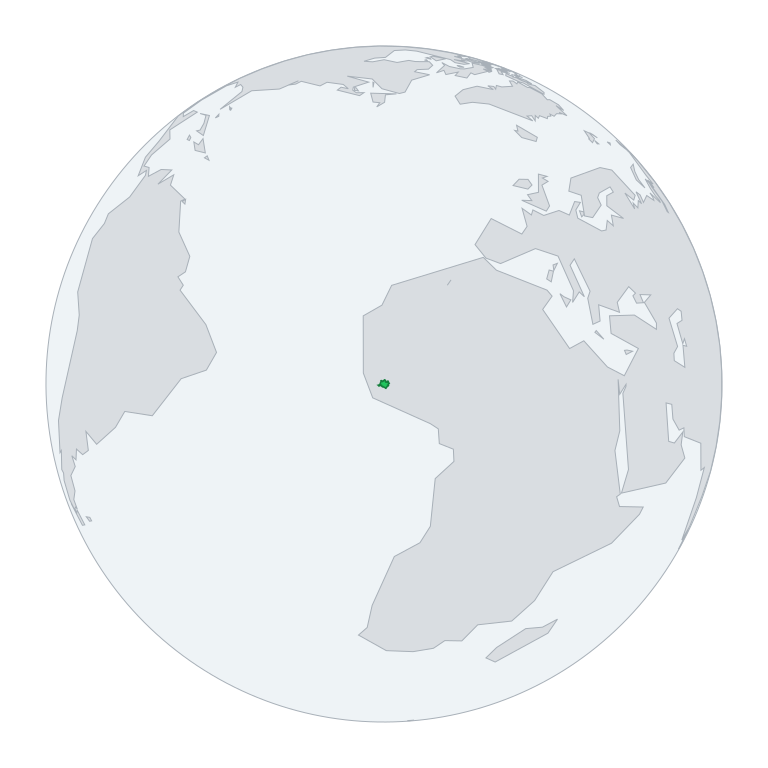 Dix-Huit Montagnes highlighted on a globe, orthographic projection, rotated 35°
{"feature_id": "CIV-3441", "entity_name": "Dix-Huit Montagnes", "entity_type": "Department", "adm_level": 1, "iso_a3": "CIV", "parent_name": "Ivory Coast", "parent_adm1": "", "projection": "orthographic", "projection_center": [-7.745, 7.377], "detail": "fine", "context": "on_globe", "style": "filled", "palette": "green", "viewbox_px": 768, "rotation_deg": 35, "n_neighbors": 0, "source": "natural_earth", "source_scale": "10m", "svg_char_len": 10396}
<svg xmlns="http://www.w3.org/2000/svg" viewBox="0 0 768 768"><g transform="rotate(35 384 384)"><circle cx="384" cy="384" r="338" fill="#eef3f6" stroke="#a8b0b8"/><path d="M271.0,65.5L256.5,71.4L263.0,69.0L255.8,73.0L260.6,72.0L253.6,75.3L263.5,71.9L269.0,69.2L275.1,67.1L278.5,66.6L270.2,70.3L267.3,71.1L266.6,72.0L261.0,74.2L265.6,72.9L255.2,78.1L270.4,72.5L266.1,76.3L257.9,80.0L252.5,80.1L220.0,92.5L209.9,98.1L201.2,104.9L197.9,115.6L189.4,122.4L182.5,131.1L189.9,126.6L198.1,118.3L210.3,113.1L218.7,104.7L224.9,101.8L236.2,94.0L241.1,95.0L239.8,100.6L230.8,107.5L230.0,110.6L244.0,104.5L232.4,119.2L233.8,132.8L230.0,137.2L213.0,143.3L199.4,140.9L177.3,152.9L198.3,145.5L188.6,158.4L189.8,161.2L194.2,161.3L200.5,156.8L198.6,161.8L177.2,170.0L178.6,165.5L185.4,162.6L178.8,162.0L164.3,169.5L160.6,176.5L142.6,183.5L139.7,188.9L134.1,194.1L140.0,184.7L129.1,202.4L107.4,219.7L92.2,253.0L99.9,225.9L98.2,221.8L94.8,220.9L92.0,226.2L91.2,220.5L83.9,230.1L71.7,256.0L64.3,277.2L66.2,280.1L71.2,269.2L75.1,268.4L62.8,298.7L68.2,306.1L62.2,329.7L62.4,343.1L67.4,341.4L71.9,349.0L78.4,336.1L87.4,330.4L84.2,350.0L91.8,333.2L95.0,343.6L114.9,346.7L112.5,350.8L128.8,377.2L151.7,390.8L157.0,406.0L153.7,414.4L162.9,418.2L163.1,424.1L204.0,437.5L228.7,454.2L230.5,474.5L214.8,496.0L212.4,542.9L187.4,555.2L188.9,573.5L183.2,598.2L167.0,593.8L179.9,608.0L177.7,614.7L169.4,613.7L175.2,622.8L169.4,621.8L178.4,628.7L180.0,638.6L192.2,648.8L196.2,656.6L204.5,662.4L202.0,661.7L202.2,663.1L205.9,666.1L193.3,659.3L177.3,646.5L172.6,640.7L169.1,638.9L157.8,623.5L158.0,626.1L138.3,600.6L128.3,579.9L102.1,516.2L94.8,502.3L80.3,484.3L61.8,432.1L62.9,412.9L60.6,402.7L68.4,376.7L68.9,349.9L66.9,345.3L63.2,354.4L58.5,335.1L60.4,314.4L61.7,282.4L69.7,259.8L79.4,237.8L90.5,216.5L103.2,196.1L117.2,176.6L132.6,158.1L149.3,140.9L167.2,124.8L186.2,110.0L206.1,96.7L227.0,84.8L248.7,74.4L271.0,65.5ZM87.0,264.2L93.5,284.1L85.3,284.1L87.7,281.5L87.0,273.8L84.1,266.0L78.2,267.9L87.0,264.2ZM99.9,247.3L98.4,245.4L100.5,245.9L99.9,247.3ZM232.7,94.1L234.3,94.1L231.4,95.5L232.7,94.1ZM236.0,91.1L231.3,92.8L232.2,91.6L235.0,90.6L236.0,91.1ZM241.4,89.3L234.3,89.4L236.0,87.5L248.1,82.1L241.4,89.3ZM269.2,68.7L263.6,71.5L265.2,69.8L269.2,68.7ZM268.7,68.2L264.9,67.9L274.9,64.2L274.2,64.7L284.6,61.0L291.4,59.3L287.2,60.9L279.4,63.4L287.9,61.0L268.7,68.2ZM277.7,66.1L276.0,66.1L284.6,62.8L289.5,62.3L285.1,63.5L277.7,66.1ZM298.7,57.0L298.8,57.0L302.6,56.0L292.5,59.0L286.7,60.4L298.7,57.0ZM284.9,64.0L291.8,62.3L290.8,63.6L279.9,66.0L284.9,64.0ZM284.7,62.2L289.0,60.8L288.2,61.4L284.7,62.2ZM291.2,68.5L289.0,67.8L293.2,65.9L291.2,68.5ZM294.4,61.6L294.7,61.2L296.1,60.6L300.3,59.9L294.4,61.6ZM298.5,57.5L300.1,57.4L303.0,56.2L308.7,55.1L300.9,57.5L306.7,56.0L308.4,55.7L300.1,58.1L298.5,57.5ZM308.9,57.4L301.0,61.0L304.1,62.3L300.4,63.9L296.0,61.6L308.9,57.4ZM304.5,57.5L306.4,57.7L300.8,59.2L296.0,60.0L304.5,57.5ZM315.4,53.7L308.7,54.7L310.6,54.2L315.4,53.7ZM310.9,57.4L312.8,56.6L311.8,57.3L310.9,57.4ZM315.3,54.3L312.6,54.6L314.9,54.0L315.3,54.3ZM318.8,55.0L316.2,56.0L312.9,56.5L318.8,55.0ZM318.1,54.4L321.8,53.6L313.2,56.0L316.5,54.6L318.1,54.4ZM317.9,53.7L318.3,53.5L318.7,53.7L317.9,53.7ZM332.9,53.4L322.8,56.3L315.5,57.0L326.2,53.9L332.9,53.4ZM218.0,672.7L196.2,661.3L206.8,666.8L204.8,663.2L219.7,671.0L218.0,672.7ZM216.3,663.5L219.5,662.0L223.0,663.8L221.6,665.3L216.3,663.5ZM465.4,56.0L466.0,56.2L465.9,56.2L490.3,63.2L514.1,72.1L537.1,82.8L559.3,95.1L580.5,109.1L600.6,124.6L619.4,141.6L637.0,159.9L653.1,179.6L667.6,200.3L680.6,222.1L691.9,244.8L701.5,268.3L708.8,293.6L716.1,325.5L717.5,341.1L705.1,298.0L694.3,268.7L693.1,272.9L677.5,250.8L660.2,254.9L654.8,247.9L652.2,252.5L640.8,247.0L631.4,235.6L625.9,237.7L650.1,267.7L655.7,265.8L656.3,252.0L662.3,263.4L672.9,272.1L671.6,303.5L641.1,337.2L633.3,313.8L585.0,254.6L583.7,247.5L583.3,246.7L582.4,245.4L583.0,257.2L573.1,245.9L604.0,287.1L611.3,306.0L640.7,338.7L639.2,342.9L647.2,349.3L666.9,336.1L668.0,344.2L661.7,383.9L630.1,440.8L631.6,475.0L624.6,504.9L598.9,527.5L595.1,549.8L581.0,559.3L576.1,572.1L561.3,586.6L538.8,601.1L507.1,604.3L509.9,593.1L501.3,572.2L491.4,519.4L504.5,493.4L503.6,474.0L480.2,432.1L485.7,407.3L478.2,397.6L463.5,401.1L454.2,389.6L444.8,389.9L382.7,401.8L360.8,386.9L327.9,340.1L337.1,320.6L333.7,298.8L392.7,223.3L410.8,226.3L463.7,213.6L471.3,215.6L471.2,231.9L515.7,248.5L522.9,234.0L557.2,241.9L576.1,239.4L572.0,209.0L541.0,212.3L529.6,198.8L549.6,183.9L575.8,183.0L572.2,177.8L550.5,167.8L551.4,158.0L542.4,163.9L549.9,168.6L544.5,172.9L537.3,169.0L537.9,165.3L528.6,163.9L528.2,183.3L535.8,190.2L514.4,196.0L524.9,208.5L520.9,215.3L501.7,196.9L499.6,189.8L468.1,172.3L468.3,180.0L498.1,197.6L491.1,196.6L491.7,209.0L485.7,198.9L453.2,179.4L430.4,186.2L410.4,218.5L395.3,222.4L378.6,217.6L376.9,187.0L410.9,182.1L410.8,172.8L396.3,160.9L407.8,161.0L406.1,156.0L418.2,154.3L427.8,141.5L438.9,139.3L435.5,125.2L440.7,122.6L441.3,131.4L447.6,137.0L474.5,133.8L477.6,130.5L473.1,122.0L481.1,122.9L473.4,115.2L485.3,111.0L464.3,110.2L458.5,102.0L461.8,95.3L456.1,92.9L450.8,104.0L452.1,108.8L459.3,112.9L459.5,128.0L451.9,131.3L437.3,116.3L424.8,120.0L419.0,108.1L436.8,82.8L447.9,78.1L481.5,85.4L483.1,90.1L471.8,89.4L488.9,96.8L484.3,92.8L490.9,94.1L487.1,87.9L491.6,88.6L480.2,82.0L485.3,82.2L492.4,86.4L491.1,78.9L499.7,78.8L497.2,76.9L492.2,74.9L506.5,76.9L504.0,75.5L498.4,74.2L489.8,70.9L480.3,66.2L485.8,67.1L490.0,68.9L507.0,74.8L517.2,80.4L518.5,80.4L510.9,75.9L490.1,68.5L482.9,65.5L492.6,68.3L488.5,67.0L486.6,65.9L489.8,65.9L479.1,62.8L450.7,53.1L453.9,53.4L465.4,56.0ZM379.2,260.3L379.2,266.8L379.2,260.3ZM608.4,198.4L620.9,197.8L606.7,180.8L610.3,179.5L604.2,174.6L605.6,179.6L589.3,166.4L591.6,160.9L585.7,154.0L581.2,154.0L579.7,166.6L603.0,184.9L603.8,192.5L608.4,198.4ZM115.6,346.5L117.7,350.8L114.1,350.3L115.6,346.5ZM81.9,291.7L84.4,292.9L84.9,296.2L82.5,296.6L81.9,291.7ZM108.3,298.5L112.3,301.1L107.2,301.7L108.3,298.5ZM95.0,286.8L105.1,297.2L95.3,301.0L89.4,294.8L94.8,294.4L95.0,286.8ZM94.0,257.7L95.1,259.5L93.2,262.8L94.0,257.7ZM101.4,247.7L100.6,247.8L101.1,244.8L101.4,247.7ZM189.9,157.9L191.5,157.4L195.0,158.6L191.3,160.3L189.9,157.9ZM222.9,152.9L219.1,161.2L219.2,156.0L213.3,159.3L206.3,153.4L227.8,139.2L219.3,146.3L222.9,152.9ZM202.9,142.9L204.9,147.3L201.8,143.1L202.9,142.9ZM384.6,133.8L391.1,136.1L390.1,141.8L375.9,147.4L377.2,138.8L384.6,133.8ZM400.6,138.4L390.1,123.5L398.5,120.4L395.6,124.4L402.2,123.9L399.3,130.5L417.5,143.2L417.8,149.3L391.4,154.5L399.9,149.0L393.0,146.6L400.6,138.4ZM348.6,100.0L344.2,96.0L368.1,94.0L369.5,98.1L355.5,103.1L345.6,101.3L348.6,100.0ZM264.3,80.9L261.0,81.3L263.3,80.0L268.0,78.6L264.3,80.9ZM289.8,68.3L280.8,78.6L276.7,79.3L276.4,85.8L265.4,90.5L265.9,85.9L257.2,95.0L253.2,92.7L248.5,99.0L250.9,88.3L247.0,87.5L255.5,86.4L265.8,82.0L269.1,79.8L275.5,73.5L272.1,70.6L281.8,66.6L289.5,64.6L291.8,64.7L284.8,67.0L292.9,65.5L284.5,69.1L289.8,68.3ZM374.3,56.9L365.2,57.3L380.0,59.3L371.7,61.0L374.0,61.2L370.3,63.6L369.8,67.1L365.2,67.7L367.0,68.9L364.6,70.9L365.6,72.9L357.5,75.0L358.0,77.8L353.9,77.3L356.9,81.7L351.1,79.5L347.5,82.5L355.0,83.1L309.5,94.4L294.9,102.5L285.9,111.1L277.1,107.4L279.9,97.6L289.4,86.7L304.7,80.1L298.0,80.2L303.3,77.3L306.4,78.4L304.8,75.0L310.1,73.1L318.5,66.4L313.0,63.8L315.9,61.8L320.7,61.9L320.3,59.9L331.3,58.8L333.6,57.5L346.8,55.8L354.7,57.5L356.7,56.0L366.8,55.2L374.3,56.9ZM336.6,52.9L347.9,53.4L348.9,54.9L325.5,57.5L321.8,58.9L306.9,61.6L305.8,59.6L310.1,58.9L314.1,57.8L312.9,58.8L316.9,57.2L323.0,56.4L327.8,55.1L330.2,55.5L336.6,52.9ZM476.3,209.1L481.5,209.3L488.8,207.9L489.3,216.2L476.3,209.1ZM453.9,195.9L458.1,194.4L462.4,204.4L457.0,204.6L453.9,195.9ZM456.8,185.7L458.0,193.6L454.2,189.5L456.8,185.7ZM444.8,130.0L448.8,128.5L450.6,130.4L450.1,133.7L444.8,130.0ZM416.4,66.7L411.1,65.8L411.4,65.0L402.9,61.7L408.4,60.7L415.7,62.3L416.4,66.7ZM568.8,214.6L565.5,220.9L561.7,218.5L563.6,216.8L568.8,214.6ZM527.2,218.5L538.4,221.2L527.1,220.7L527.2,218.5ZM421.0,65.0L416.9,63.7L422.2,64.1L421.0,65.0ZM412.0,59.9L417.6,60.0L408.1,60.3L412.0,59.9ZM601.4,642.1L597.8,645.4L596.2,646.4L601.4,642.1ZM661.2,494.1L634.5,548.0L624.6,549.9L627.4,535.2L640.4,503.1L653.3,492.3L661.0,477.1L661.2,494.1ZM716.7,328.4L719.7,346.6L719.9,350.6L716.7,328.4ZM462.0,61.0L467.6,66.1L475.3,70.5L485.3,73.7L473.6,72.1L461.8,65.2L462.0,61.0ZM451.6,53.6L442.8,51.9L444.8,52.0L447.1,52.4L451.6,53.6ZM447.5,53.0L440.0,52.5L433.9,51.2L441.0,51.8L447.5,53.0ZM430.9,56.9L432.2,58.2L427.9,57.7L430.9,56.9Z" fill="#d9dde1" stroke="#a8b0b8" stroke-width="1"/><path d="M382.7,380.2L382.8,380.2L382.9,380.3L383.1,380.3L383.1,380.2L383.3,380.2L383.4,380.3L383.4,380.5L383.5,380.6L383.7,380.8L383.8,380.8L383.8,381.0L384.0,381.0L384.3,381.1L384.4,381.3L384.5,381.2L384.8,381.1L385.0,381.1L385.3,381.0L385.3,380.9L385.4,380.7L385.5,380.7L385.4,380.4L385.4,380.2L385.4,379.8L385.4,379.6L385.5,379.6L385.6,379.4L385.8,379.3L386.0,379.5L386.3,379.7L386.7,379.9L386.9,380.2L387.0,380.4L387.9,380.4L387.9,380.6L387.9,380.8L387.7,381.0L387.8,381.2L387.8,381.6L387.9,381.8L387.9,382.0L387.9,382.3L388.0,382.6L388.3,382.7L388.5,382.7L388.5,382.9L388.4,382.9L388.3,383.0L388.2,383.0L388.3,383.2L388.3,383.3L388.2,383.3L388.3,383.4L388.3,383.6L388.2,383.7L388.1,383.8L387.9,384.0L387.9,384.5L388.0,384.6L387.9,384.7L387.9,384.8L387.9,385.1L388.1,385.8L388.0,386.3L388.0,386.5L387.7,386.6L387.4,386.5L387.4,386.4L386.9,386.5L386.7,386.4L386.0,386.5L385.9,386.6L385.2,386.6L384.8,386.6L384.8,386.8L384.7,386.8L384.7,387.1L383.7,387.2L383.4,387.1L383.3,386.8L383.2,386.7L382.9,386.6L382.7,386.5L382.6,386.4L382.4,386.5L382.2,386.7L382.0,386.8L381.9,386.8L381.9,387.0L382.0,387.3L381.9,387.4L381.8,387.5L381.7,387.5L381.6,387.8L381.5,388.0L381.4,388.0L381.4,387.9L381.2,388.0L381.3,388.1L381.2,388.2L381.1,388.3L380.9,388.6L380.7,388.6L380.0,388.3L379.9,388.3L380.4,387.7L380.5,387.5L380.6,387.4L380.7,387.2L380.6,386.9L380.6,386.7L380.7,386.4L380.8,386.3L380.8,386.1L380.7,385.6L380.7,385.4L380.6,385.2L380.5,384.9L380.4,384.7L380.3,384.4L380.2,384.4L380.2,384.2L380.1,383.7L380.0,383.3L379.9,383.0L379.7,382.9L379.9,382.7L380.1,382.6L380.2,382.8L380.3,382.8L380.5,382.7L381.0,382.9L381.2,383.0L381.3,382.8L381.3,382.7L381.5,382.4L381.6,382.2L381.8,382.0L381.8,381.9L381.8,381.7L381.9,381.4L381.7,381.3L381.8,381.0L382.0,380.6L382.1,380.3L382.1,380.2L382.4,380.1L382.5,380.1L382.7,380.2Z" fill="#22c55e" stroke="#15803d" stroke-width="1.5"/></g></svg>